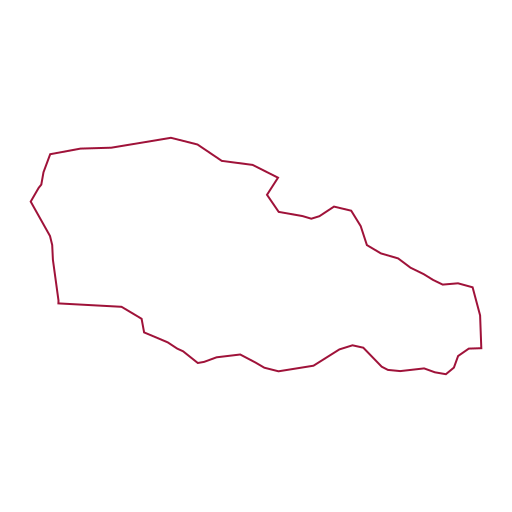 outline of Guria
{"feature_id": "GEO-3028", "entity_name": "Guria", "entity_type": "Region", "adm_level": 1, "iso_a3": "GEO", "parent_name": "Georgia", "parent_adm1": "", "projection": "orthographic", "projection_center": [42.215, 41.976], "detail": "fine", "context": "isolated", "style": "outline", "palette": "rose", "viewbox_px": 512, "rotation_deg": 0, "n_neighbors": 0, "source": "natural_earth", "source_scale": "10m", "svg_char_len": 908}
<svg xmlns="http://www.w3.org/2000/svg" viewBox="0 0 512 512"><path d="M400.2,371.1L387.9,369.9L381.7,366.7L363.3,347.7L352.5,345.3L339.4,349.4L313.5,365.7L287.3,369.9L278.5,371.3L264.3,367.7L255.6,362.6L240.2,354.5L216.6,357.3L204.6,361.7L204.0,361.9L197.8,363.0L183.1,351.3L177.2,348.6L167.8,342.4L144.1,332.4L141.6,318.8L134.3,314.4L121.5,306.8L58.4,303.4L58.5,300.6L52.9,259.7L52.2,245.0L50.0,236.0L30.7,201.6L38.7,187.8L41.3,184.6L43.5,172.2L50.2,154.2L80.5,148.6L111.3,147.7L170.9,137.8L197.5,144.5L221.8,160.9L252.6,164.9L278.0,177.7L267.0,194.8L278.7,211.9L302.6,216.1L311.3,218.7L319.4,216.2L334.0,206.6L351.2,210.7L360.7,226.1L366.9,245.1L380.9,253.4L398.1,258.4L410.5,267.7L423.8,274.2L433.0,279.9L442.7,284.6L458.0,283.3L472.6,287.3L480.1,315.4L481.3,348.2L468.8,348.6L458.1,356.0L453.9,367.6L445.9,374.2L434.9,372.3L424.1,368.4L400.2,371.1Z" fill="none" stroke="#9f1239" stroke-width="2"/></svg>